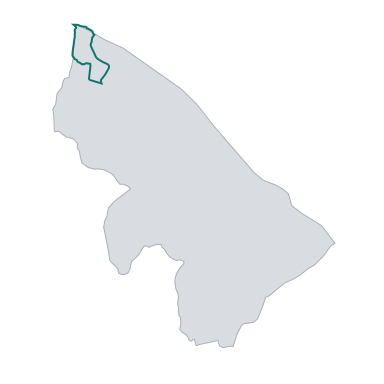 Maryland highlighted on a map of Liberia, rotated 187°
{"feature_id": "LBR-781", "entity_name": "Maryland", "entity_type": "County", "adm_level": 1, "iso_a3": "LBR", "parent_name": "Liberia", "parent_adm1": "", "projection": "mercator", "projection_center": [-7.792, 4.73], "detail": "fine", "context": "in_parent", "style": "outline", "palette": "teal", "viewbox_px": 384, "rotation_deg": 187, "n_neighbors": 0, "source": "natural_earth", "source_scale": "10m", "svg_char_len": 3370}
<svg xmlns="http://www.w3.org/2000/svg" viewBox="0 0 384 384"><g transform="rotate(187 192 192)"><path d="M43.9,158.6L47.8,155.4L53.4,145.0L61.2,134.9L68.5,129.0L74.4,122.9L80.5,118.2L89.3,112.7L102.8,98.3L105.9,96.6L108.1,86.7L111.5,73.9L115.4,70.0L124.5,67.6L126.7,65.4L129.9,56.5L132.0,46.0L132.2,43.8L135.8,43.5L142.0,41.3L145.6,42.3L147.2,45.3L148.0,47.8L166.7,41.3L168.3,40.0L169.3,40.2L171.7,46.1L173.0,45.7L174.2,44.0L175.4,43.8L176.9,44.6L178.3,47.4L180.7,49.8L184.8,51.5L187.3,53.9L187.1,60.2L188.1,66.3L189.8,67.7L190.7,71.3L191.2,75.3L192.2,77.4L192.9,81.5L192.5,85.8L193.3,88.8L196.2,94.1L198.1,100.7L198.1,105.4L197.0,110.3L195.0,114.8L191.6,119.7L191.3,121.6L193.3,122.9L196.5,123.1L199.1,122.1L205.7,124.4L209.2,127.6L212.2,131.6L215.0,133.6L216.2,136.2L220.9,135.5L226.4,133.0L227.5,131.9L229.1,132.5L232.7,132.8L235.1,128.4L237.1,123.4L241.4,117.9L243.4,115.8L244.0,112.3L244.2,107.8L245.7,103.9L249.2,101.8L253.0,101.8L255.1,102.6L256.1,106.4L259.2,109.3L261.7,111.2L263.1,112.1L265.3,114.3L267.3,121.9L275.4,146.5L275.0,153.2L273.4,157.6L273.4,162.0L272.8,166.3L267.9,173.3L253.3,187.6L254.4,188.8L257.9,190.5L261.5,191.3L264.4,190.9L268.0,194.4L271.9,198.9L276.1,201.3L282.1,203.3L287.4,203.6L291.8,202.8L298.1,203.7L304.8,207.4L307.2,213.5L308.8,218.9L311.2,221.6L311.5,226.2L316.2,230.3L323.0,231.1L331.8,235.9L334.1,235.6L335.1,235.0L336.1,235.9L338.3,249.7L340.1,257.0L339.2,259.9L338.0,262.2L337.9,273.3L333.9,279.7L333.3,286.7L332.1,289.0L327.9,291.0L327.9,296.4L326.7,302.9L326.3,309.7L327.5,327.8L327.7,341.2L329.6,343.8L321.3,342.6L296.9,332.4L278.1,326.5L215.2,292.9L197.7,279.4L177.5,259.3L132.7,218.8L122.5,212.3L109.6,209.1L101.6,205.7L96.0,201.9L91.4,190.7L80.2,184.0L59.5,174.5L43.9,158.6Z" fill="#d9dde1" stroke="#a8b0b8" stroke-width="1"/><path d="M325.2,310.0L325.6,311.0L326.1,311.5L326.7,311.9L327.1,312.4L327.3,313.1L327.6,316.8L327.3,332.3L327.4,333.0L327.6,333.6L327.7,334.4L327.6,336.2L328.1,337.7L328.2,338.4L328.0,339.1L327.2,340.4L327.1,341.2L327.5,342.0L329.9,343.6L326.1,344.0L325.0,343.9L323.4,343.2L322.4,343.0L317.5,343.0L316.9,342.8L316.6,342.3L316.4,341.8L316.0,341.5L314.9,341.4L312.0,340.3L311.1,339.8L310.3,339.1L309.9,338.3L309.5,337.3L308.9,336.5L308.1,336.2L308.3,335.6L309.4,333.9L309.6,333.4L309.8,332.9L309.9,332.4L309.9,329.8L310.0,328.4L310.5,326.5L310.6,325.8L310.4,325.3L310.1,324.6L308.4,321.6L307.4,320.2L304.2,314.9L303.8,314.3L303.2,313.7L302.6,313.2L302.1,312.8L301.0,312.2L296.4,310.2L291.2,308.5L290.9,308.3L290.4,307.9L290.0,307.4L289.9,307.1L289.8,306.8L289.7,306.4L289.6,305.7L289.6,305.0L292.1,298.8L293.2,296.8L294.9,293.9L295.4,293.3L295.6,292.9L295.8,292.5L295.9,292.0L295.9,291.1L295.8,290.6L295.0,288.7L306.7,290.7L307.2,290.9L307.5,291.1L307.8,291.4L308.0,291.7L308.1,292.1L308.1,302.5L308.1,303.1L308.2,303.4L308.2,303.7L308.2,303.9L308.1,304.2L308.1,304.5L308.2,305.0L308.4,306.0L308.5,306.7L308.8,306.9L309.0,306.9L309.3,306.9L309.7,306.9L310.1,306.9L310.4,306.9L310.8,306.8L311.1,306.7L311.9,307.0L312.3,307.0L312.6,306.9L312.9,306.8L313.5,306.5L314.3,305.8L314.5,305.6L314.8,305.6L315.0,305.6L315.3,305.7L315.6,305.7L315.8,305.7L316.0,305.6L316.2,305.4L316.6,305.4L317.2,305.6L319.4,306.8L320.4,306.9L321.0,307.1L321.4,307.3L321.6,307.5L322.2,308.7L322.5,309.0L322.9,309.2L324.4,309.6L324.9,309.8L325.2,310.0L325.2,310.0Z" fill="none" stroke="#0f766e" stroke-width="2"/></g></svg>